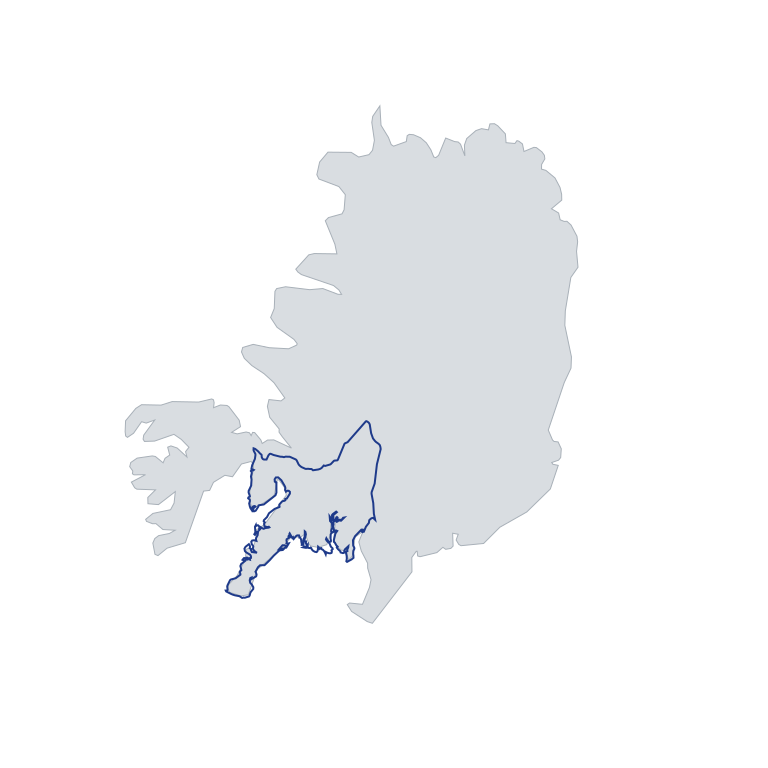 Vesturland highlighted on a map of Iceland, rotated 311°
{"feature_id": "ISL-710", "entity_name": "Vesturland", "entity_type": "Region", "adm_level": 1, "iso_a3": "ISL", "parent_name": "Iceland", "parent_adm1": "", "projection": "orthographic", "projection_center": [-22.162, 64.9], "detail": "fine", "context": "in_parent", "style": "outline", "palette": "blue", "viewbox_px": 768, "rotation_deg": 311, "n_neighbors": 0, "source": "natural_earth", "source_scale": "10m", "svg_char_len": 9828}
<svg xmlns="http://www.w3.org/2000/svg" viewBox="0 0 768 768"><g transform="rotate(311 384 384)"><path d="M547.2,222.2L552.9,222.0L561.6,216.9L573.4,203.2L578.6,199.9L591.2,198.4L577.3,212.0L573.0,225.6L569.4,232.4L569.8,235.2L581.6,241.8L586.6,238.6L589.0,239.3L591.5,242.8L593.8,250.0L593.8,257.7L591.5,265.7L588.0,272.6L588.8,274.6L592.4,275.2L610.1,269.2L613.3,278.3L615.3,281.2L615.2,284.4L609.2,295.4L617.0,288.0L623.5,285.4L635.5,287.1L640.7,290.1L644.3,296.1L649.8,293.3L652.9,296.6L653.5,300.5L652.4,311.5L646.2,317.8L651.4,325.0L654.9,324.7L655.7,326.4L656.0,331.0L651.3,337.1L661.0,341.9L662.4,344.0L662.8,350.9L661.8,355.0L659.4,357.7L653.1,358.9L649.5,361.9L651.4,366.0L651.7,377.8L647.8,387.9L643.7,393.6L639.4,397.5L626.1,395.4L627.6,403.6L623.5,409.2L624.9,413.3L626.8,415.3L626.7,420.8L622.1,432.7L618.3,436.9L610.4,442.3L599.4,453.8L587.0,455.1L558.1,472.9L546.9,482.0L527.4,507.7L518.7,514.7L503.3,519.1L457.0,538.2L452.3,547.9L452.2,550.0L454.5,553.4L451.4,560.3L444.4,565.6L441.0,565.7L434.8,562.1L434.2,564.1L436.9,568.9L413.9,578.4L381.1,575.7L351.9,565.4L329.0,563.8L312.5,548.2L312.0,545.7L313.6,540.8L319.3,538.6L316.4,533.7L307.0,542.5L303.8,542.3L299.7,539.0L299.4,535.6L291.4,534.5L277.3,524.5L276.3,522.2L279.5,518.8L278.9,518.1L271.3,518.8L260.6,528.3L195.8,532.2L193.7,527.2L191.1,508.8L193.4,501.0L196.1,501.7L203.6,512.3L220.9,506.5L227.8,502.6L234.3,492.5L238.0,489.2L243.1,476.4L248.3,468.6L259.1,464.8L249.4,462.6L233.4,472.9L228.0,472.9L230.5,468.4L236.0,463.4L232.2,463.1L230.7,460.8L230.5,456.1L233.3,448.4L252.1,434.7L247.7,432.1L234.7,442.6L225.2,446.2L217.4,441.4L213.7,435.0L214.0,432.2L218.5,424.1L217.8,422.5L214.7,421.7L206.4,414.2L193.2,414.8L160.7,410.0L135.9,419.9L130.1,414.9L125.6,404.4L126.7,400.4L131.0,398.3L143.0,398.9L160.7,394.4L168.8,388.5L171.8,390.0L173.3,393.0L184.2,388.6L190.0,383.3L199.7,386.0L236.1,383.2L240.8,376.2L242.6,367.9L241.8,366.2L228.5,373.9L225.4,373.8L210.0,369.7L204.4,365.1L206.3,361.4L214.5,353.6L235.2,340.4L238.0,337.7L238.3,334.5L230.1,328.9L214.6,330.5L210.7,323.8L197.9,319.8L189.3,322.2L184.8,318.1L133.9,338.2L117.8,328.0L106.2,326.0L105.2,322.9L112.3,313.9L117.0,312.4L121.7,313.4L130.4,320.1L136.6,322.3L129.1,312.6L129.0,303.5L126.7,301.0L124.5,294.9L125.5,292.9L134.7,294.5L149.1,305.4L156.4,303.7L165.9,297.1L145.0,292.9L138.8,284.4L143.4,280.2L154.2,281.0L142.5,266.5L142.1,263.9L144.2,257.7L159.1,263.5L151.4,254.9L151.2,253.0L153.5,251.5L154.8,246.3L158.6,244.4L166.1,246.3L177.7,256.3L179.3,259.0L179.6,269.0L184.3,267.5L189.8,268.9L194.4,262.2L197.5,263.8L200.0,269.9L199.6,283.2L202.8,278.6L208.3,278.3L209.2,267.3L208.2,258.5L190.4,248.3L183.5,240.9L184.3,238.4L187.8,236.2L206.4,234.6L198.5,230.2L196.5,225.8L182.5,227.3L175.4,225.4L175.3,223.1L178.2,219.9L186.7,213.1L202.8,212.7L209.3,214.6L221.8,229.6L231.8,235.7L248.8,256.0L259.7,263.8L260.2,265.7L258.4,268.1L254.3,270.9L260.8,274.3L264.8,279.6L265.1,281.9L261.7,298.4L257.7,303.7L247.5,300.7L250.0,305.9L257.3,311.4L258.9,314.5L257.9,317.6L261.3,316.6L262.5,318.3L261.0,327.7L259.2,331.1L265.3,332.9L269.5,337.5L274.9,356.2L277.5,341.7L278.8,336.4L281.3,334.4L283.9,319.6L290.6,310.7L296.8,307.4L303.7,317.4L308.4,318.3L312.8,300.1L313.1,286.8L311.2,272.2L311.7,261.8L314.7,255.4L318.9,253.4L328.1,259.3L336.1,273.6L348.0,288.9L356.1,292.6L357.5,292.0L358.6,286.8L356.6,266.1L359.8,254.8L368.9,251.7L382.4,240.9L385.6,240.4L392.8,245.9L406.4,266.0L415.9,275.2L421.5,290.4L423.8,293.2L425.4,288.2L425.2,281.3L412.4,249.9L412.0,245.6L412.8,242.1L432.1,242.5L436.7,245.8L451.3,263.1L457.3,255.2L468.7,232.6L473.2,232.9L484.9,240.7L489.3,239.6L501.5,230.6L503.4,220.4L496.0,200.4L497.9,196.0L509.3,189.8L522.2,189.6L537.3,207.3L538.7,216.0L547.2,222.2Z" fill="#d9dde1" stroke="#a8b0b8" stroke-width="1"/><path d="M261.1,465.1L261.7,464.2L259.3,465.5L258.1,465.0L258.1,464.2L259.0,464.0L259.8,463.4L259.8,462.8L259.5,462.5L259.8,462.5L250.2,462.0L245.7,463.1L241.8,466.8L241.1,468.7L240.7,469.3L240.2,469.7L237.9,470.4L235.5,472.2L234.7,473.2L232.8,475.0L230.3,474.6L225.5,472.8L225.5,471.9L227.7,470.6L229.8,468.6L231.6,466.1L232.7,465.3L233.9,466.0L234.8,465.0L237.2,464.2L238.2,463.5L233.5,463.0L232.0,463.5L231.0,464.3L230.2,464.5L229.4,463.9L228.4,461.8L229.1,460.7L229.2,457.5L229.6,455.6L230.0,455.4L230.4,455.8L230.8,455.8L231.0,453.7L232.0,451.0L232.0,449.8L233.4,448.5L239.3,445.4L242.4,445.1L242.1,444.0L241.6,443.4L241.0,443.2L240.2,443.4L240.2,442.6L241.2,441.7L243.2,438.9L244.9,438.1L246.3,436.6L247.0,436.5L249.2,436.6L249.0,438.8L250.0,439.2L251.4,439.2L252.0,440.4L252.7,441.3L257.1,441.6L256.2,440.9L254.4,441.1L253.5,440.8L252.7,440.0L251.5,438.1L250.6,437.5L252.7,436.6L252.7,435.8L247.3,435.9L247.3,435.0L250.3,433.1L251.3,432.1L252.1,431.8L256.3,432.5L256.3,431.6L252.2,430.7L250.9,430.8L247.6,434.0L246.2,434.1L246.2,433.3L247.6,432.0L248.1,431.1L248.4,429.9L245.2,433.2L244.9,436.0L241.6,439.2L238.9,440.2L238.1,440.9L238.4,442.6L236.8,442.1L235.4,442.5L232.3,445.1L231.1,446.6L230.3,447.2L229.4,446.8L228.9,445.6L228.9,444.4L229.8,441.7L228.7,442.1L228.2,443.5L228.0,445.3L228.0,447.2L227.8,447.8L226.6,450.1L226.3,451.2L226.3,452.8L225.8,453.6L224.0,453.5L223.5,454.4L223.0,454.8L222.1,455.2L221.2,454.7L220.3,453.7L219.5,452.1L219.0,450.1L218.1,451.3L217.2,451.8L217.9,450.3L218.6,448.4L218.8,446.5L218.3,445.1L219.0,444.3L218.2,443.5L217.2,443.4L218.0,441.7L218.0,441.0L215.5,442.8L214.0,443.5L212.9,443.4L212.0,441.9L211.6,439.9L211.8,438.0L212.5,436.7L212.5,436.0L211.6,435.8L211.0,434.9L210.2,433.4L209.6,433.0L208.8,432.1L207.6,430.0L208.9,430.5L210.2,431.9L211.6,432.8L212.9,431.7L211.8,431.7L212.2,430.3L212.7,429.4L214.0,428.4L213.3,427.6L213.3,426.7L219.3,423.7L220.8,421.7L220.8,420.9L217.6,423.7L215.9,424.6L214.2,425.0L212.8,425.9L211.2,427.6L209.7,428.7L208.6,427.5L209.3,427.0L210.8,425.0L211.9,423.9L212.5,423.0L213.0,421.7L212.6,420.9L213.0,420.7L214.0,419.2L212.8,417.8L211.3,417.4L207.9,417.5L208.7,415.9L207.6,415.9L209.4,410.8L208.9,410.9L208.4,411.4L208.0,412.2L207.6,413.3L207.3,412.2L206.9,411.7L206.4,411.8L205.9,412.4L205.9,413.3L203.0,412.4L202.2,412.8L200.6,414.6L199.8,414.9L199.8,415.8L201.2,416.7L196.4,417.6L195.2,416.6L197.0,416.7L197.5,416.2L197.3,415.5L196.8,414.5L195.7,413.2L190.2,413.2L191.0,414.1L193.7,415.8L193.7,416.6L192.3,416.5L189.9,414.3L188.4,414.1L188.7,414.1L182.2,413.4L176.0,413.3L168.9,412.7L165.9,409.4L163.0,409.1L158.0,410.2L158.0,410.5L156.7,412.7L155.5,413.5L154.9,413.7L148.9,411.7L149.4,411.2L150.7,410.8L149.9,410.4L147.8,411.4L146.2,413.4L145.9,415.8L144.9,418.7L143.5,419.8L139.6,419.9L138.5,420.2L136.2,421.4L135.1,421.5L131.4,419.2L130.6,418.0L129.9,417.7L129.4,417.1L129.2,415.0L128.9,413.9L126.8,410.3L125.9,408.3L125.2,406.2L123.9,401.0L124.3,400.1L125.3,401.2L126.3,400.8L128.2,398.6L129.3,398.0L134.9,396.5L136.0,396.7L140.1,399.5L145.8,400.7L146.3,400.4L147.3,398.8L147.8,398.3L149.9,398.5L150.4,397.9L152.4,395.0L154.5,394.3L159.2,395.2L159.2,394.3L158.9,393.9L158.5,392.6L160.7,392.5L161.4,393.2L161.0,395.2L161.6,395.8L162.5,394.3L163.1,394.4L163.3,395.5L163.2,397.3L163.5,398.1L164.5,396.9L165.3,397.7L166.2,397.2L167.0,396.1L167.3,394.9L166.5,390.3L166.7,388.6L168.2,386.7L170.3,386.3L174.5,387.1L174.1,388.4L173.5,389.4L172.0,390.4L172.3,392.1L171.7,392.2L171.3,392.7L170.5,394.5L173.3,398.8L173.0,396.9L173.0,395.4L173.3,394.1L173.8,392.9L175.5,392.1L175.9,391.5L176.4,389.2L177.9,387.3L179.4,387.2L180.8,388.4L181.9,390.6L182.7,389.3L183.8,388.5L187.0,387.8L190.1,385.7L189.3,385.1L185.5,385.6L185.5,384.7L187.7,384.2L191.6,380.3L193.6,379.8L193.0,380.6L193.9,380.9L194.7,381.5L194.6,382.6L194.7,383.0L194.0,384.1L192.4,385.0L191.9,385.7L193.4,385.8L194.3,385.5L195.0,384.8L195.4,387.2L195.8,388.2L197.5,389.0L199.8,391.1L200.6,391.5L200.7,390.7L200.0,390.3L199.4,389.6L198.2,387.3L199.6,385.4L200.4,384.9L201.4,384.8L201.5,383.2L202.5,382.7L206.8,383.0L211.0,382.0L218.0,383.4L222.6,385.8L223.1,385.5L223.9,384.4L224.4,384.1L228.2,384.1L229.3,384.5L230.4,385.4L231.5,385.8L232.5,384.9L233.8,385.8L239.5,384.9L240.9,383.7L240.9,382.2L240.0,381.0L238.4,380.7L239.0,379.1L239.6,378.5L240.3,378.2L241.2,377.3L241.9,375.9L244.0,369.7L244.1,365.4L242.5,363.7L240.3,364.0L238.7,365.6L238.7,366.4L239.1,366.4L239.1,367.4L231.4,374.1L228.8,375.1L214.2,372.3L210.5,369.2L209.9,369.0L208.9,369.6L204.3,370.3L202.9,369.7L201.9,368.5L202.7,368.0L204.2,367.5L205.4,366.4L205.8,367.1L206.2,367.3L207.1,367.4L207.1,366.5L206.0,365.6L204.7,365.5L202.2,366.4L202.7,364.6L203.7,362.9L205.4,360.6L207.8,359.5L208.7,358.5L208.6,356.5L209.3,356.1L211.2,356.5L211.6,356.0L213.2,353.1L214.5,352.0L220.2,350.4L225.0,346.7L226.9,344.3L230.1,342.6L231.3,341.3L230.9,341.1L231.0,340.6L231.7,340.6L233.0,342.0L233.7,342.1L233.0,339.6L236.2,337.8L242.8,335.7L245.9,333.7L246.8,332.9L248.0,329.8L248.6,328.8L249.9,327.8L250.5,329.4L250.6,333.0L250.2,336.4L250.3,337.6L250.2,338.1L248.6,339.7L248.1,340.8L247.9,341.6L248.0,342.4L248.3,343.0L249.9,344.9L254.3,343.6L256.2,343.6L256.7,343.9L257.1,344.6L258.0,347.3L261.1,353.4L262.5,355.2L262.9,356.1L263.3,356.6L264.5,357.3L267.2,360.5L267.8,362.3L268.0,363.1L269.0,366.3L269.2,367.2L269.1,368.1L267.3,372.3L267.1,373.5L267.1,375.1L267.2,376.3L268.4,380.3L268.8,380.9L270.2,382.3L271.2,383.8L272.1,384.8L272.3,385.2L272.3,385.8L272.3,387.0L276.4,390.5L277.9,391.4L279.6,392.0L283.0,392.0L283.5,393.3L288.0,396.2L288.8,396.4L293.1,396.6L293.6,396.8L295.7,398.8L296.5,398.9L313.0,393.4L313.7,393.5L316.2,394.7L343.8,394.8L344.3,395.0L344.7,396.1L344.8,397.8L344.5,398.9L344.1,399.8L338.4,406.6L335.7,411.4L335.1,414.4L335.0,415.9L335.3,419.2L335.2,420.2L335.1,421.0L334.1,422.6L332.7,424.2L318.8,431.3L302.7,442.3L294.3,445.6L293.0,446.6L287.1,454.0L279.4,461.5L275.7,466.4L275.8,464.7L276.0,464.3L275.9,463.7L275.6,463.4L274.4,462.6L272.0,462.2L271.4,462.3L269.3,463.7L264.4,464.0L261.1,465.1Z" fill="none" stroke="#1e3a8a" stroke-width="2"/></g></svg>